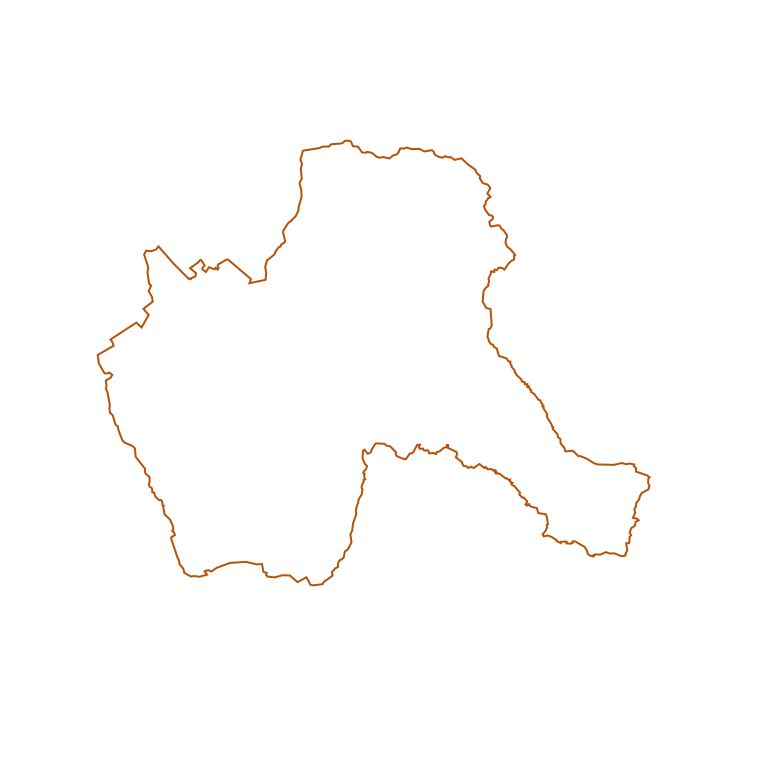 Vidra, Vrancea, Romania (orthographic projection), rotated 196°
{"feature_id": "2599482B20298155706242", "entity_name": "Vidra", "entity_type": "district", "adm_level": 2, "iso_a3": "ROU", "parent_name": "Romania", "parent_adm1": "Vrancea", "projection": "orthographic", "projection_center": [26.88, 45.916], "detail": "fine", "context": "isolated", "style": "outline", "palette": "amber", "viewbox_px": 768, "rotation_deg": 196, "n_neighbors": 0, "source": "geoboundaries", "source_scale": "gbopen_adm2", "svg_char_len": 6166}
<svg xmlns="http://www.w3.org/2000/svg" viewBox="0 0 768 768"><g transform="rotate(196 384 384)"><path d="M526.3,585.9L526.1,576.3L523.4,573.1L523.4,568.2L519.6,558.6L520.6,553.9L516.8,547.2L514.8,541.0L514.8,530.5L514.1,527.4L515.1,521.1L518.7,514.5L520.3,512.9L523.1,503.4L522.6,501.4L518.4,494.2L518.7,492.6L521.3,489.6L521.3,487.7L522.9,486.5L524.7,481.8L525.0,478.5L530.6,470.3L530.5,463.9L527.7,457.8L526.6,451.5L541.1,443.8L540.8,448.2L568.0,460.5L569.6,460.3L576.4,453.1L576.6,451.6L574.9,449.9L575.5,448.1L577.9,449.2L578.5,447.5L584.4,448.0L586.1,442.6L590.3,444.4L590.5,445.5L589.1,448.5L593.2,452.2L594.8,452.7L596.3,449.4L602.3,441.9L595.2,438.7L595.0,435.2L597.9,433.1L598.4,431.7L599.9,432.0L600.5,431.1L619.6,441.8L638.7,454.1L640.3,450.2L644.8,447.3L649.4,446.6L650.3,442.3L642.9,431.5L642.0,425.7L637.7,416.3L636.4,414.8L635.0,414.6L635.7,408.3L631.1,403.8L629.0,399.5L636.0,389.9L629.2,385.4L632.7,371.5L639.0,374.7L659.2,351.4L656.4,349.1L654.5,346.2L667.2,333.0L663.8,325.2L655.7,317.3L653.1,317.7L651.2,319.3L647.7,317.9L648.5,314.8L652.1,310.9L652.1,309.7L650.2,305.9L650.2,303.0L647.6,299.9L641.7,288.2L641.2,284.7L639.6,281.0L636.1,279.1L630.8,270.8L628.1,269.9L627.0,267.2L620.0,257.7L617.3,256.2L608.7,255.1L605.6,253.3L602.6,245.5L590.3,236.7L589.6,233.7L588.2,231.9L584.0,230.2L582.4,225.8L582.4,222.5L581.2,220.8L578.3,219.8L576.8,215.9L574.9,216.3L572.9,212.8L568.1,210.3L566.4,211.0L565.0,210.0L563.5,206.7L562.1,206.2L562.5,205.4L559.1,198.3L552.3,194.7L547.4,188.9L546.3,185.5L547.1,184.5L544.7,183.2L543.3,181.2L546.3,178.0L545.5,176.0L534.4,159.9L532.8,158.4L530.8,154.5L526.0,151.1L523.8,147.4L516.2,145.7L513.9,147.0L508.1,147.9L501.5,152.0L504.8,154.3L504.4,155.1L501.3,156.7L498.5,156.0L494.1,161.2L482.7,169.6L467.5,175.0L456.9,175.5L451.6,177.3L448.2,170.2L444.7,170.0L444.8,168.1L443.1,166.8L435.9,167.9L428.8,172.2L421.8,174.0L412.4,169.7L405.3,176.8L399.3,170.7L396.3,171.0L387.8,174.7L387.4,177.0L380.6,185.7L382.2,188.7L380.1,193.2L377.8,195.5L378.7,198.4L378.3,201.4L377.6,203.0L376.0,203.9L374.9,206.5L375.5,212.1L373.1,215.3L371.6,222.8L374.9,230.3L374.2,234.3L375.3,241.5L374.8,251.1L376.2,255.4L376.5,259.8L376.0,262.2L376.6,266.0L375.0,271.6L375.7,277.0L376.9,277.9L377.4,280.4L376.6,284.1L377.2,286.0L375.7,287.2L376.8,288.2L378.2,291.4L377.9,292.3L379.5,292.9L379.4,294.3L377.7,297.1L377.8,300.5L380.5,302.0L384.2,306.8L385.7,314.3L384.7,315.5L380.5,312.5L378.9,313.6L377.8,315.0L377.7,318.0L375.7,324.5L375.1,324.8L367.3,326.6L364.1,325.4L360.8,325.8L353.7,321.7L353.3,319.6L351.2,318.0L343.5,317.4L342.2,317.9L339.9,324.6L338.1,325.0L337.1,326.4L335.4,334.5L332.7,335.6L333.1,333.1L331.8,331.6L328.5,332.7L327.6,331.3L325.6,331.3L324.0,332.4L322.6,331.8L321.5,329.7L317.5,331.4L314.6,331.0L314.5,333.1L312.1,334.4L308.9,339.2L306.5,340.5L306.7,342.8L305.7,343.0L304.6,340.1L295.7,338.7L294.5,336.7L294.6,333.3L287.2,330.3L286.9,329.0L284.7,327.2L282.1,327.6L279.8,326.5L277.5,328.5L274.7,327.9L270.3,333.4L264.4,330.9L263.5,332.0L263.9,332.8L260.9,330.6L257.2,331.9L254.9,330.8L253.9,331.9L252.7,331.4L252.9,328.9L252.2,330.7L251.4,330.2L251.6,328.9L248.3,329.7L241.0,326.7L240.2,327.3L237.9,326.3L236.4,327.0L236.3,325.2L233.3,324.4L234.1,323.3L233.3,322.3L230.6,321.9L223.3,317.0L223.4,315.0L222.8,314.6L219.6,312.9L218.5,313.4L214.5,311.0L213.9,309.7L214.8,307.2L213.4,306.4L211.4,308.5L210.7,307.3L208.0,306.6L202.9,306.9L200.1,302.4L192.8,303.4L190.8,301.1L187.8,294.4L188.7,293.4L187.7,291.1L188.4,286.9L190.0,283.3L188.4,281.5L185.2,283.5L180.7,283.2L175.0,281.5L174.8,280.6L170.3,279.8L170.5,281.0L166.5,282.5L164.9,282.6L164.7,281.1L160.3,282.0L158.9,283.2L159.6,283.9L159.3,284.7L156.9,285.4L146.1,282.6L142.9,279.7L141.4,277.0L138.7,275.8L135.0,275.9L134.7,276.8L135.5,277.0L134.2,278.4L129.0,279.6L124.4,283.5L120.2,283.3L115.9,284.7L107.9,283.9L104.5,285.8L105.1,287.1L104.3,291.2L107.3,297.7L104.7,298.5L104.6,300.7L105.8,304.3L104.8,306.9L107.0,308.8L106.5,313.7L103.8,316.9L104.1,320.8L101.7,323.2L104.1,324.3L107.8,323.9L107.1,329.5L108.8,332.7L108.1,335.3L108.7,338.9L107.0,343.4L107.1,346.7L106.1,350.4L100.8,355.5L100.8,359.3L102.8,361.6L103.6,364.9L103.8,366.7L103.1,367.5L105.7,368.6L117.6,369.3L118.6,372.7L121.3,373.9L121.3,375.6L125.8,375.3L128.9,373.7L133.5,373.6L140.9,369.6L156.2,365.6L160.2,365.7L168.3,368.0L175.3,368.8L177.2,368.2L184.1,371.9L191.0,369.2L192.9,372.2L197.9,375.6L199.3,379.8L202.2,380.8L203.2,383.3L209.5,387.5L209.4,389.1L210.7,389.4L212.0,391.6L217.7,396.6L219.0,399.1L218.8,400.1L224.0,404.5L224.5,406.6L225.5,406.2L226.0,408.3L227.9,409.3L229.0,411.3L231.4,411.5L236.9,415.9L240.4,416.9L240.7,418.7L242.1,418.9L244.2,421.6L245.0,420.5L245.7,420.9L246.2,423.4L248.5,422.6L249.4,424.6L252.1,424.4L253.3,426.3L258.4,428.8L261.7,431.6L262.0,433.0L266.2,435.7L266.6,437.3L268.1,438.1L268.7,440.4L270.3,440.0L273.6,442.5L281.2,442.6L285.4,449.2L288.7,450.1L290.0,451.8L291.7,451.7L294.5,453.6L297.6,458.2L298.5,465.6L297.1,466.7L296.6,470.0L302.2,485.3L306.6,485.3L311.9,490.3L313.9,501.0L312.4,505.1L310.6,507.2L311.4,508.6L311.2,511.2L312.6,514.3L311.8,518.9L312.0,521.9L308.9,522.0L309.2,524.5L306.9,524.5L305.9,527.4L302.2,528.1L299.8,527.1L297.6,533.8L295.7,537.3L293.5,539.1L293.5,541.4L294.4,542.9L293.5,544.1L298.9,548.0L303.6,550.0L306.1,553.3L306.6,556.5L306.2,559.3L306.9,561.0L311.6,564.8L314.0,565.6L316.3,568.1L318.2,568.0L324.4,564.9L325.6,565.6L327.5,569.0L324.8,572.9L325.4,574.7L326.6,575.6L329.5,575.4L334.7,579.4L337.1,582.7L335.9,585.0L336.6,587.6L335.3,589.7L335.4,590.9L333.1,593.2L337.2,595.6L335.9,601.0L336.3,602.2L339.3,604.2L344.4,604.4L348.8,608.3L348.7,610.2L353.3,612.6L355.3,615.2L364.1,618.3L371.8,622.3L377.9,618.9L382.4,620.5L383.9,619.7L388.0,619.8L389.9,617.8L393.4,617.4L397.2,618.1L398.9,619.0L400.5,621.3L402.5,621.9L409.2,618.7L414.9,619.8L422.2,617.4L427.3,617.6L429.4,616.0L433.4,614.9L433.8,610.9L434.7,608.4L438.3,606.2L441.0,602.3L447.3,602.0L450.8,600.2L454.0,600.5L459.4,602.9L464.2,602.5L465.3,601.3L469.0,600.6L474.5,605.0L479.4,604.0L482.7,608.1L486.3,607.9L488.8,606.7L489.9,604.6L491.9,603.2L500.7,600.0L502.5,597.0L508.4,595.3L511.1,593.0L526.3,585.9Z" fill="none" stroke="#b45309" stroke-width="2"/></g></svg>